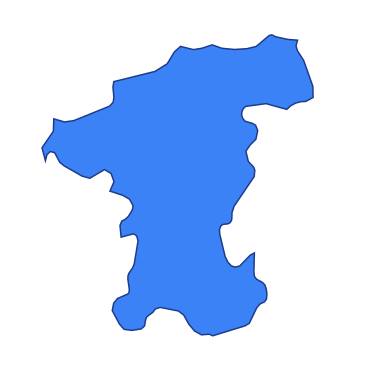 outline of Padova, rotated 169°
{"feature_id": "ITA-5463", "entity_name": "Padova", "entity_type": "Province", "adm_level": 1, "iso_a3": "ITA", "parent_name": "Italy", "parent_adm1": "", "projection": "mercator", "projection_center": [11.814, 45.393], "detail": "fine", "context": "isolated", "style": "filled", "palette": "blue", "viewbox_px": 384, "rotation_deg": 169, "n_neighbors": 0, "source": "natural_earth", "source_scale": "10m", "svg_char_len": 1805}
<svg xmlns="http://www.w3.org/2000/svg" viewBox="0 0 384 384"><g transform="rotate(169 192 192)"><path d="M312.5,242.0L316.2,246.5L319.3,256.8L323.4,258.8L327.2,256.4L329.9,250.7L330.8,264.0L316.5,278.1L313.7,290.2L303.8,285.1L294.5,284.6L256.5,292.0L252.3,295.1L250.6,299.8L249.6,310.0L247.7,315.3L205.4,317.4L191.9,322.6L182.5,332.9L175.5,337.1L163.4,331.5L154.9,331.2L144.1,332.6L135.3,327.4L123.1,323.8L110.8,322.2L101.3,322.6L86.4,330.9L83.6,331.0L80.2,328.4L68.8,323.5L59.4,320.9L62.0,315.6L61.6,310.7L57.3,299.9L53.2,272.6L55.1,261.7L63.1,259.2L68.0,259.9L73.4,259.5L78.6,257.9L83.2,255.0L102.4,264.6L123.1,265.8L125.8,264.0L127.8,261.1L128.6,257.8L128.1,254.4L126.3,251.3L119.5,247.8L116.8,245.3L115.8,239.8L119.2,231.6L125.9,227.1L131.3,221.8L130.9,211.3L126.6,204.4L126.2,201.3L128.0,195.3L153.4,170.0L156.7,164.0L157.9,158.6L158.7,156.4L160.7,154.5L163.0,153.9L167.7,154.3L170.1,153.3L172.2,149.9L172.8,145.3L171.8,122.3L170.1,116.2L167.5,112.0L163.8,110.0L159.2,110.3L146.9,118.9L142.4,120.3L146.5,101.8L146.8,97.2L145.2,94.0L140.1,89.8L138.2,86.9L137.6,82.7L138.0,77.2L139.4,72.5L141.9,70.3L146.8,69.0L150.6,65.9L160.8,52.2L165.4,50.5L199.1,46.9L202.1,49.1L210.0,50.0L216.0,55.0L220.4,63.0L223.6,72.8L228.1,77.8L245.2,84.8L250.2,84.2L253.4,81.4L260.2,78.1L261.9,75.4L264.2,69.5L268.0,67.3L277.3,67.6L284.8,70.1L288.3,75.9L292.9,90.8L290.1,97.8L285.4,101.7L274.5,104.1L272.9,105.5L272.1,108.6L271.6,118.6L270.9,121.6L269.6,124.1L264.6,129.0L262.4,132.5L254.4,154.0L254.5,158.3L255.1,159.8L255.8,160.9L256.8,161.7L257.9,162.1L270.2,161.2L269.1,172.8L266.5,176.9L263.0,177.8L259.2,180.1L255.1,184.5L253.3,187.1L252.5,190.0L254.7,196.8L260.5,201.9L272.4,208.5L266.6,217.0L267.9,225.6L273.6,230.7L289.7,225.0L296.9,228.6L312.5,242.0Z" fill="#3b82f6" stroke="#1e3a8a" stroke-width="1.5"/></g></svg>